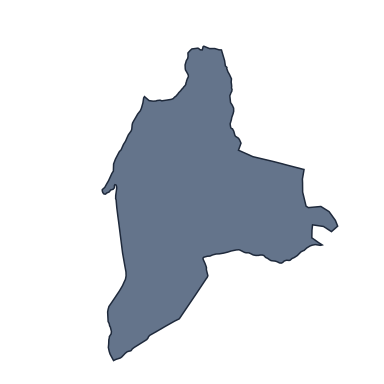 Bikoro, Équateur, Democratic Republic of the Congo (orthographic projection), rotated 342°
{"feature_id": "63176286B68262610189121", "entity_name": "Bikoro", "entity_type": "district", "adm_level": 2, "iso_a3": "COD", "parent_name": "Democratic Republic of the Congo", "parent_adm1": "Équateur", "projection": "orthographic", "projection_center": [18.187, -0.751], "detail": "fine", "context": "isolated", "style": "filled", "palette": "slate", "viewbox_px": 384, "rotation_deg": 342, "n_neighbors": 0, "source": "geoboundaries", "source_scale": "gbopen_adm2", "svg_char_len": 4175}
<svg xmlns="http://www.w3.org/2000/svg" viewBox="0 0 384 384"><g transform="rotate(342 192 192)"><path d="M261.6,65.1L258.0,62.6L253.0,61.0L248.3,57.0L247.9,57.1L247.5,57.2L245.7,60.0L245.5,59.9L244.4,59.7L243.5,59.0L242.6,57.4L241.7,56.9L240.4,56.7L236.1,55.9L233.9,56.9L231.1,58.5L230.6,60.2L230.6,60.3L230.3,61.3L230.2,61.6L230.0,62.1L229.2,63.6L227.2,65.3L224.7,69.0L223.7,72.6L223.5,73.9L224.1,76.6L224.6,79.5L224.3,80.7L224.1,81.4L224.0,81.5L223.0,82.4L223.0,82.5L222.7,82.7L221.6,84.1L221.1,84.7L220.7,85.6L219.8,86.6L219.4,87.7L218.7,88.3L217.7,89.0L216.8,89.4L215.8,90.2L214.8,90.7L213.6,91.4L212.7,92.1L210.0,93.5L209.0,94.3L208.5,94.6L207.8,95.0L207.2,95.4L206.1,96.0L205.4,96.2L204.9,96.3L202.9,97.4L200.9,97.5L195.8,96.7L192.9,96.2L191.5,96.0L190.0,94.8L187.0,94.2L186.0,94.3L185.4,94.2L183.1,93.6L180.2,92.2L179.4,91.8L176.3,86.6L175.1,87.6L172.9,92.0L170.3,95.9L169.6,96.9L168.1,98.6L167.9,98.8L167.1,99.3L164.5,101.0L163.3,102.1L161.2,104.0L158.5,106.4L156.8,108.0L156.5,108.5L155.9,109.5L154.1,113.7L153.0,115.1L149.2,117.9L146.9,120.4L146.0,121.4L145.5,122.0L144.4,123.2L141.5,125.6L137.6,130.0L135.6,131.0L135.4,131.2L135.1,131.4L129.4,137.0L129.2,137.2L129.0,137.5L126.1,141.1L123.6,148.0L123.2,148.2L121.6,149.5L116.1,155.5L113.3,158.0L110.4,160.7L109.9,160.9L107.4,162.0L107.0,163.2L107.0,164.1L107.0,164.9L107.4,166.2L107.6,166.5L107.8,166.8L109.2,167.3L110.1,166.8L110.4,166.6L111.1,166.6L111.8,166.5L112.9,166.4L113.1,166.4L113.3,166.3L114.1,165.8L115.2,165.0L116.3,165.0L117.9,165.0L119.1,164.2L119.5,164.0L120.2,161.9L120.9,161.2L121.2,161.4L121.7,161.6L122.0,162.3L121.9,163.9L121.9,164.0L121.5,165.3L118.2,172.1L118.1,172.5L117.9,173.1L117.6,174.0L117.3,174.8L117.4,175.7L117.4,176.0L115.7,183.3L113.9,192.7L113.0,197.7L107.1,228.7L105.4,240.8L104.5,247.6L103.4,251.4L101.7,254.5L99.6,256.7L97.0,259.6L92.5,263.6L85.0,269.5L81.8,272.0L77.6,275.2L76.9,276.3L76.0,277.6L74.7,280.0L72.2,289.3L72.4,290.5L72.6,291.8L72.4,292.8L72.3,294.0L72.5,294.8L72.6,295.2L72.3,299.3L72.2,300.0L71.5,301.4L71.3,301.9L70.2,302.8L68.7,304.0L68.2,305.3L67.3,306.7L65.7,311.0L64.4,314.0L64.0,318.1L64.0,320.9L65.3,328.1L67.9,327.7L72.6,327.7L74.2,327.2L78.6,324.8L81.0,323.9L82.4,323.9L84.3,324.1L85.1,324.0L86.7,322.8L88.9,322.0L96.1,320.2L103.3,318.4L104.9,317.4L105.8,316.3L107.4,315.3L108.8,315.0L116.6,313.4L124.8,311.6L135.7,309.4L140.7,308.7L164.3,290.3L179.2,278.5L179.9,278.1L181.2,276.6L181.3,275.6L181.5,272.5L181.7,270.2L182.4,268.3L182.4,266.6L182.3,264.0L181.8,259.5L182.0,258.3L183.0,257.7L184.1,257.7L185.8,257.8L186.6,257.8L189.3,258.5L192.1,258.2L195.7,258.4L198.3,259.1L199.1,259.3L203.2,259.9L207.5,260.2L211.1,260.2L216.2,260.8L218.7,261.4L219.6,262.0L220.6,263.0L222.1,264.5L223.2,265.6L224.6,266.5L225.9,266.9L227.4,267.5L229.2,269.2L230.8,270.8L233.2,272.1L235.9,272.9L236.6,272.9L237.3,273.0L238.9,273.5L239.3,273.6L240.1,274.2L240.7,274.6L241.0,275.2L241.8,277.0L243.1,278.2L243.9,279.1L244.0,279.2L244.6,280.2L245.8,281.5L246.0,281.7L249.9,283.5L251.5,284.7L253.3,286.5L254.9,287.2L256.3,287.1L258.5,286.1L260.8,286.1L262.3,286.7L263.1,287.1L264.2,287.2L266.5,286.2L269.1,285.9L272.8,284.9L273.2,284.6L277.2,282.6L279.6,282.2L280.2,282.2L280.3,282.2L280.6,282.2L281.8,281.6L282.2,281.5L282.7,281.2L283.8,280.7L287.6,279.8L289.8,279.7L293.0,280.1L297.6,282.4L299.4,282.6L299.5,282.6L296.7,279.2L291.8,272.6L294.3,265.4L296.5,260.5L306.4,265.4L312.4,272.8L312.6,272.7L320.0,269.5L319.6,263.3L316.3,253.0L313.7,249.9L310.1,245.6L297.8,242.8L296.1,240.7L297.2,226.3L299.1,220.2L299.9,217.7L301.0,213.8L304.6,207.0L305.5,205.2L304.5,204.6L291.5,196.3L287.6,193.8L287.4,193.6L283.6,191.2L278.4,187.9L260.8,177.2L249.1,166.6L253.7,160.7L253.3,156.9L252.8,155.2L250.6,152.5L250.3,151.5L250.5,147.1L250.0,144.4L249.3,143.9L248.8,143.1L248.8,142.1L249.3,139.0L249.4,138.8L249.5,138.7L251.6,135.7L252.9,133.3L255.3,130.2L256.6,128.1L257.5,125.1L257.1,121.8L256.3,118.9L257.7,112.1L258.7,111.0L259.7,109.7L260.9,108.6L261.8,106.8L261.7,105.4L262.1,104.4L262.4,103.7L262.9,101.5L263.2,99.6L264.5,96.6L263.9,91.6L263.3,88.8L263.2,85.3L263.7,84.3L262.7,82.4L263.6,77.1L263.9,66.0L261.6,65.1Z" fill="#64748b" stroke="#1e293b" stroke-width="1.5"/></g></svg>